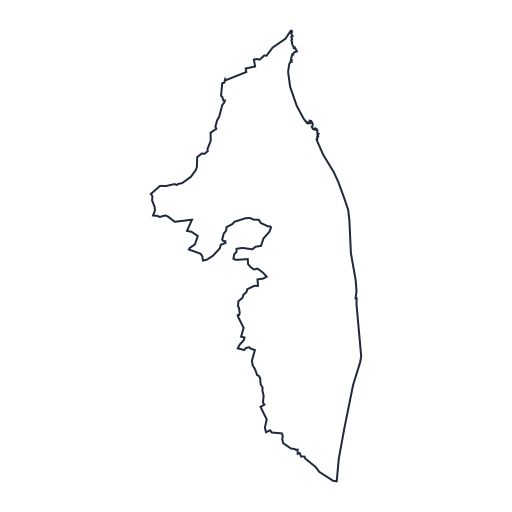 Greystones Lea-6, Wicklow, Ireland
{"feature_id": "5873133B55746922495286", "entity_name": "Greystones Lea-6", "entity_type": "district", "adm_level": 2, "iso_a3": "IRL", "parent_name": "Ireland", "parent_adm1": "Wicklow", "projection": "mercator", "projection_center": [-6.093, 53.104], "detail": "fine", "context": "isolated", "style": "outline", "palette": "slate", "viewbox_px": 512, "rotation_deg": 0, "n_neighbors": 0, "source": "geoboundaries", "source_scale": "gbopen_adm2", "svg_char_len": 2904}
<svg xmlns="http://www.w3.org/2000/svg" viewBox="0 0 512 512"><path d="M336.7,481.3L338.8,458.6L344.4,428.0L353.1,385.0L360.1,362.4L361.2,356.4L356.5,304.4L356.6,298.2L355.6,298.4L355.6,297.6L356.5,291.7L355.7,280.3L350.9,253.3L349.4,220.5L348.2,210.0L343.9,197.2L338.2,181.7L333.6,171.8L323.3,155.0L316.9,140.5L317.3,139.1L316.7,138.9L318.1,136.4L317.3,136.1L318.5,133.9L317.3,133.7L317.4,130.2L314.9,129.6L316.1,128.8L315.4,128.3L313.0,129.0L311.7,126.8L312.6,125.9L312.7,123.7L311.1,120.9L309.6,120.7L309.7,121.6L310.8,121.3L311.2,122.3L310.5,123.1L307.7,123.5L306.8,122.8L307.3,122.2L305.8,121.5L303.7,118.8L296.8,106.0L290.1,86.7L288.1,71.8L289.2,64.2L290.4,61.8L291.4,61.8L290.9,60.9L291.8,60.4L291.0,59.3L292.2,54.6L293.1,54.5L292.8,53.9L294.5,52.2L296.9,51.4L295.5,48.7L294.0,48.2L294.5,47.4L293.7,47.4L291.7,43.0L292.2,42.0L291.3,40.2L292.1,39.3L291.3,37.0L292.6,36.1L291.2,33.5L292.1,31.7L291.6,30.7L290.7,30.8L285.5,38.7L272.6,47.6L266.5,55.7L264.2,55.5L259.7,59.6L256.7,59.0L253.9,59.6L255.1,66.5L245.7,68.5L246.3,72.0L225.8,80.2L225.2,79.2L224.3,82.7L222.3,83.1L221.0,95.7L222.4,97.2L223.4,100.5L224.9,100.5L224.1,102.9L222.3,104.9L219.1,117.0L217.1,120.3L215.4,126.6L216.3,128.8L210.6,132.7L210.7,140.8L207.5,149.0L207.7,151.2L204.4,153.9L201.7,153.5L197.2,157.2L196.9,166.9L195.8,170.0L190.8,176.9L182.0,183.2L178.3,183.9L176.6,185.0L174.5,184.1L166.0,186.0L160.0,185.9L150.8,194.0L151.3,194.6L152.4,196.2L152.1,200.4L154.7,207.1L154.9,210.8L153.0,215.5L157.5,215.9L159.7,217.0L165.3,215.4L168.1,216.6L174.7,221.8L192.0,219.7L187.0,230.9L191.5,231.8L197.8,236.0L194.9,244.4L189.8,247.9L188.9,249.5L200.5,253.7L202.3,256.3L203.0,260.6L207.0,259.6L213.1,255.6L219.8,248.4L220.8,244.7L225.5,243.0L225.4,241.3L223.0,240.8L222.2,239.6L223.7,233.6L226.1,230.7L226.6,227.1L232.2,224.2L234.6,221.7L245.6,218.2L250.1,218.0L253.4,219.6L258.8,219.8L260.8,223.0L268.1,226.4L270.5,226.5L271.0,227.6L269.4,231.8L263.5,238.4L261.0,245.9L255.7,246.7L252.3,249.3L242.5,247.9L236.5,248.8L236.5,252.0L234.3,254.2L233.4,258.8L235.9,259.9L247.8,259.1L248.0,264.0L250.7,267.2L254.0,269.5L257.6,268.6L263.0,272.7L266.7,276.7L263.1,278.6L257.5,279.4L258.0,285.9L254.1,285.9L247.3,289.2L246.5,291.9L243.3,295.0L242.6,297.7L238.4,301.2L238.0,306.3L238.9,307.6L239.7,312.8L239.2,315.0L237.7,315.2L237.9,316.4L243.6,327.8L241.1,336.7L244.5,337.5L243.7,340.3L239.6,344.7L237.8,348.4L244.1,350.0L246.1,347.9L249.3,347.3L250.5,348.5L254.9,350.1L251.9,360.8L252.7,365.4L255.1,369.4L257.1,375.1L258.9,375.9L260.2,378.3L260.6,384.2L262.5,387.4L262.5,391.1L263.6,395.4L263.0,402.7L264.4,404.7L260.5,406.8L266.7,419.4L264.9,427.7L266.0,432.2L270.1,430.3L271.7,432.5L281.9,433.4L282.8,435.9L282.2,439.2L283.2,443.2L290.9,448.5L294.6,449.0L295.9,449.9L297.6,449.6L297.7,453.8L299.7,453.1L301.1,456.5L304.5,456.6L305.4,458.7L315.5,466.9L319.3,471.9L333.1,480.8L336.7,481.3Z" fill="none" stroke="#1e293b" stroke-width="2"/></svg>